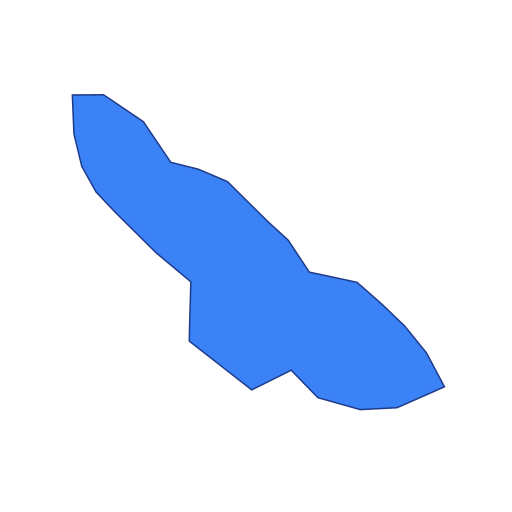 outline of Fikardou, Nicosia, Cyprus, rotated 279°
{"feature_id": "46923920B91359939250801", "entity_name": "Fikardou", "entity_type": "district", "adm_level": 2, "iso_a3": "CYP", "parent_name": "Cyprus", "parent_adm1": "Nicosia", "projection": "albers", "projection_center": [33.185, 34.974], "detail": "fine", "context": "isolated", "style": "filled", "palette": "blue", "viewbox_px": 512, "rotation_deg": 279, "n_neighbors": 0, "source": "geoboundaries", "source_scale": "gbopen_adm2", "svg_char_len": 526}
<svg xmlns="http://www.w3.org/2000/svg" viewBox="0 0 512 512"><g transform="rotate(279 256 256)"><path d="M325.0,216.2L332.7,185.4L335.2,157.2L371.0,123.8L391.4,80.2L386.3,49.4L348.0,57.1L317.3,69.9L294.3,87.9L276.5,111.0L243.3,157.2L220.3,195.7L173.9,201.7L161.5,203.4L135.9,249.6L123.1,272.7L148.7,308.6L125.7,339.4L120.6,383.0L128.2,419.0L156.3,462.6L187.0,439.5L210.0,413.9L227.9,388.2L245.8,359.9L248.4,311.2L276.5,285.5L291.8,262.4L311.3,235.2L325.0,216.2Z" fill="#3b82f6" stroke="#1e3a8a" stroke-width="1.5"/></g></svg>